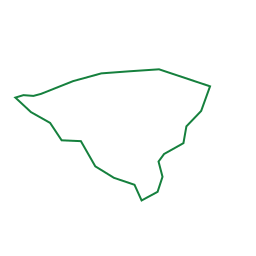 Ribeira Grande de Santiago, Albers equal-area conic projection, rotated 157°
{"feature_id": "CPV-5052", "entity_name": "Ribeira Grande de Santiago", "entity_type": "state/province", "adm_level": 1, "iso_a3": "CPV", "parent_name": "Cabo Verde", "parent_adm1": "", "projection": "albers", "projection_center": [-23.611, 14.974], "detail": "fine", "context": "isolated", "style": "outline", "palette": "green", "viewbox_px": 256, "rotation_deg": 157, "n_neighbors": 0, "source": "natural_earth", "source_scale": "10m", "svg_char_len": 453}
<svg xmlns="http://www.w3.org/2000/svg" viewBox="0 0 256 256"><g transform="rotate(157 128 128)"><path d="M219.8,200.0L211.4,199.1L202.5,194.5L194.8,193.4L160.1,192.6L131.2,188.7L104.4,179.6L76.5,169.9L36.2,134.3L54.0,115.1L73.6,106.7L82.9,92.4L104.9,90.0L113.0,85.2L115.3,69.6L125.7,57.7L143.8,56.0L144.2,73.2L160.4,87.6L173.1,105.5L176.5,134.3L193.9,142.6L197.7,163.1L211.1,180.5L219.8,200.0Z" fill="none" stroke="#15803d" stroke-width="2"/></g></svg>